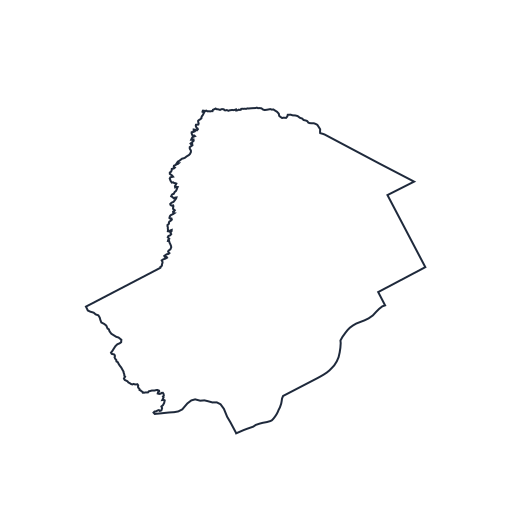 the district of Paoy Paet, Bântéay Méanchey, Cambodia, rotated 63°
{"feature_id": "14789045B48513904069909", "entity_name": "Paoy Paet", "entity_type": "district", "adm_level": 2, "iso_a3": "KHM", "parent_name": "Cambodia", "parent_adm1": "Bântéay Méanchey", "projection": "equal_earth", "projection_center": [102.631, 13.649], "detail": "fine", "context": "isolated", "style": "outline", "palette": "slate", "viewbox_px": 512, "rotation_deg": 63, "n_neighbors": 0, "source": "geoboundaries", "source_scale": "gbopen_adm2", "svg_char_len": 5814}
<svg xmlns="http://www.w3.org/2000/svg" viewBox="0 0 512 512"><g transform="rotate(63 256 256)"><path d="M261.5,81.4L258.2,83.7L229.5,104.2L178.9,139.7L177.4,141.1L175.7,143.0L174.7,142.7L172.2,141.3L169.9,141.5L167.0,141.8L165.4,142.9L164.0,144.2L163.2,145.8L162.0,147.8L161.0,148.8L159.1,149.1L158.0,150.0L156.4,151.9L154.6,152.4L152.7,154.2L151.0,155.0L150.2,155.4L148.6,157.2L147.3,159.5L145.8,161.0L144.6,163.6L145.9,164.8L146.6,166.5L145.3,168.6L144.9,170.1L143.1,171.1L141.7,171.7L139.5,171.1L137.0,171.8L135.4,172.8L133.3,174.0L132.8,175.4L131.6,176.6L130.7,179.7L129.9,182.0L128.8,183.2L126.9,184.1L125.8,185.7L125.2,187.1L124.2,187.9L124.0,189.1L123.4,190.5L122.7,192.0L121.7,194.4L121.2,195.7L120.6,196.6L120.4,198.1L119.7,199.1L119.2,200.4L118.6,201.3L118.2,202.4L118.8,203.2L118.4,204.3L117.8,204.9L117.8,206.3L117.4,207.6L116.3,207.3L116.2,208.4L115.8,209.9L115.0,211.0L114.7,212.0L114.2,213.4L114.1,214.6L113.4,215.2L112.7,215.8L112.4,217.1L111.8,217.9L110.9,218.0L110.1,218.8L109.5,220.2L109.5,221.7L108.7,222.5L108.0,223.3L107.2,224.6L106.3,225.0L106.3,226.5L106.2,228.0L107.2,229.0L106.7,229.9L106.4,231.1L105.7,232.2L105.1,233.5L103.8,234.4L103.9,235.7L102.9,236.4L102.4,237.4L103.2,238.2L104.6,237.1L105.6,238.5L106.4,239.6L106.8,240.6L107.7,241.7L108.5,242.1L108.9,243.6L108.9,244.7L109.2,246.1L110.1,246.6L111.8,246.9L112.7,247.7L111.8,249.9L112.7,250.6L113.8,250.7L115.0,250.8L115.7,250.2L116.6,250.2L117.2,251.5L116.5,252.5L115.8,253.1L115.0,254.1L116.2,254.8L117.1,254.4L117.0,255.6L116.5,257.1L117.2,257.6L118.5,257.8L120.1,257.9L120.5,256.4L121.5,256.0L121.4,257.2L121.3,258.3L121.7,259.4L123.0,261.0L123.6,259.9L123.8,258.8L125.0,259.2L125.7,261.5L126.1,263.3L127.0,263.1L127.3,262.0L128.5,262.4L128.7,264.0L128.9,265.6L130.0,266.2L131.0,266.3L132.3,266.1L132.9,266.3L133.1,266.4L133.9,266.9L135.1,268.5L135.6,270.0L135.7,271.5L135.8,272.8L136.2,274.6L136.1,276.2L135.7,277.6L136.0,279.2L136.4,281.3L136.4,282.8L137.3,284.4L138.2,282.8L138.5,284.0L138.2,285.1L138.4,286.1L138.3,288.1L139.2,288.8L140.4,288.2L140.7,289.5L140.2,291.5L141.3,292.2L142.3,293.3L142.5,294.9L143.7,295.5L144.7,295.0L146.2,294.2L147.7,293.9L147.3,295.5L147.0,296.5L147.8,297.7L149.0,297.8L149.9,298.0L151.1,297.9L152.4,297.7L152.7,296.4L153.7,295.9L154.5,294.8L155.3,294.1L156.2,295.3L156.9,296.5L158.2,296.9L158.4,295.4L159.0,294.5L159.5,295.2L160.4,296.1L161.2,297.1L161.8,298.0L162.0,299.3L163.3,301.2L163.0,302.3L163.4,303.4L164.3,304.5L165.2,303.9L166.0,303.5L167.2,303.1L167.2,301.7L167.7,300.3L168.4,301.0L169.0,302.1L169.7,303.5L170.3,304.9L170.2,307.1L170.7,308.8L171.5,309.0L172.3,308.7L173.1,308.0L173.2,306.9L174.0,306.9L174.8,307.5L175.6,308.2L176.4,308.5L177.7,307.9L178.4,307.6L178.9,308.6L178.8,309.7L180.1,310.2L180.8,309.3L181.0,310.8L180.9,313.4L181.4,314.6L182.8,315.9L183.7,315.5L184.2,314.3L185.4,314.5L185.9,316.2L186.0,317.6L186.6,318.4L187.4,318.7L188.0,319.5L188.1,320.7L189.1,321.3L190.4,321.5L191.5,322.1L192.9,322.6L193.9,323.3L194.7,322.2L194.3,320.9L194.5,319.3L195.5,319.9L195.9,320.8L196.5,321.7L198.0,321.6L198.6,323.0L198.4,324.9L199.2,326.1L200.3,325.8L201.3,325.5L201.8,326.9L202.6,327.6L203.1,326.6L204.0,326.8L204.9,327.0L206.1,327.0L207.0,327.0L208.7,327.2L209.8,327.6L210.6,328.6L211.2,329.3L211.5,331.3L212.0,332.2L213.1,332.3L214.1,331.9L214.4,333.0L213.9,334.9L214.1,336.2L214.3,337.7L215.2,337.7L215.7,336.9L216.3,336.1L217.1,336.0L217.2,338.0L217.0,339.2L216.9,340.4L217.1,342.0L218.2,342.0L219.0,342.0L219.8,342.6L220.9,343.7L221.7,344.1L222.3,345.1L222.3,346.1L223.1,346.6L223.9,430.5L225.2,430.5L228.2,430.6L230.4,428.9L231.8,427.4L232.9,426.3L235.2,425.4L237.3,423.4L239.9,423.2L242.3,423.7L245.0,424.0L247.6,422.1L250.0,421.0L253.3,421.2L254.5,420.4L256.6,420.7L259.6,420.2L264.6,417.2L266.2,415.5L269.5,414.0L271.6,415.3L271.9,417.1L271.7,419.6L272.5,422.2L274.0,424.8L275.4,427.1L276.3,429.1L277.7,429.0L279.3,427.1L280.4,426.9L281.4,427.3L282.0,428.0L283.7,428.1L285.2,427.7L286.6,428.2L288.0,427.3L289.3,427.4L291.7,427.2L294.2,426.7L297.7,426.6L298.8,426.5L299.8,426.9L301.6,427.1L303.0,427.7L304.1,427.4L304.7,428.5L305.2,429.3L306.1,429.3L306.9,429.2L308.6,427.9L309.3,427.4L310.8,427.1L311.8,426.3L313.3,425.5L314.3,424.5L314.4,423.2L315.4,422.2L316.0,421.2L316.4,419.9L317.8,419.7L318.8,420.4L319.7,420.7L320.8,420.4L321.8,420.2L322.6,420.6L323.4,419.8L324.5,419.5L325.6,418.7L326.4,418.9L327.0,417.8L327.5,416.1L328.1,415.1L328.5,414.1L327.9,412.9L328.3,411.4L328.6,409.8L329.8,407.5L330.2,405.7L330.6,404.7L331.3,404.1L332.0,403.5L332.8,403.8L332.8,405.0L333.9,406.0L334.5,405.4L335.1,404.6L335.4,403.2L335.1,402.3L335.6,401.1L337.0,401.0L338.5,401.5L339.0,402.7L339.9,402.5L341.0,403.8L341.8,404.9L342.3,403.5L343.2,402.9L345.3,404.6L346.7,406.7L347.1,408.6L348.9,408.7L350.6,410.4L350.4,412.1L349.2,412.5L349.0,413.7L349.0,414.9L349.0,415.9L348.5,417.0L349.0,418.4L350.8,417.9L351.3,416.5L352.0,414.8L353.2,411.7L354.3,408.8L356.0,404.4L358.0,399.8L359.2,395.8L359.2,391.3L357.8,388.0L356.2,384.1L355.3,379.2L356.1,375.3L359.6,371.4L361.2,367.5L363.5,364.8L366.7,361.3L368.6,357.4L372.0,354.9L377.6,354.0L381.4,354.3L386.1,354.7L392.6,354.3L404.2,354.1L405.0,354.2L405.5,346.0L405.9,342.4L406.8,335.9L406.4,332.9L407.0,328.9L407.7,325.7L408.9,321.7L409.6,318.1L409.6,316.4L408.8,314.2L407.7,311.9L406.4,309.6L405.0,307.6L403.3,305.6L401.8,303.5L399.8,301.4L399.0,300.6L397.2,299.2L394.8,297.5L393.0,295.4L392.7,256.6L392.6,253.2L392.4,249.6L392.0,245.9L391.3,242.6L390.2,239.3L389.0,236.0L386.5,231.8L383.7,228.4L380.0,225.3L376.1,222.5L372.1,220.1L369.6,219.1L367.2,215.5L366.1,213.3L365.0,211.2L363.5,207.9L362.5,204.9L361.9,201.1L361.7,197.3L362.2,192.3L362.6,188.6L362.7,184.0L362.0,178.9L360.3,174.3L359.0,170.3L358.2,166.3L358.6,163.4L343.6,163.5L342.8,110.2L261.4,111.2L261.5,81.4Z" fill="none" stroke="#1e293b" stroke-width="2"/></g></svg>